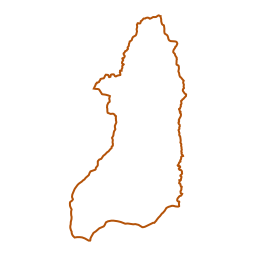 San Joaquín, Santander, Colombia (orthographic projection)
{"feature_id": "7082276B31143382537536", "entity_name": "San Joaquín", "entity_type": "district", "adm_level": 2, "iso_a3": "COL", "parent_name": "Colombia", "parent_adm1": "Santander", "projection": "orthographic", "projection_center": [-72.849, 6.47], "detail": "fine", "context": "isolated", "style": "outline", "palette": "amber", "viewbox_px": 256, "rotation_deg": 0, "n_neighbors": 0, "source": "geoboundaries", "source_scale": "gbopen_adm2", "svg_char_len": 5830}
<svg xmlns="http://www.w3.org/2000/svg" viewBox="0 0 256 256"><path d="M74.6,237.5L77.4,237.1L79.6,237.1L82.1,237.4L84.8,238.4L88.7,240.6L90.1,240.6L90.4,240.0L90.4,238.7L91.2,236.9L93.5,232.9L95.9,231.3L99.3,228.3L103.7,226.4L104.5,225.4L106.0,222.3L108.0,221.3L111.2,220.7L113.7,220.7L117.4,221.2L120.8,222.0L125.2,223.7L127.8,223.5L133.2,224.3L135.4,224.1L138.6,224.9L142.3,227.2L143.7,227.1L145.1,226.7L148.0,225.3L153.1,222.8L154.4,222.8L155.7,221.2L156.3,220.7L156.6,220.0L158.5,217.6L160.0,216.1L161.9,213.6L163.3,212.5L163.7,211.8L164.3,211.3L165.0,210.3L166.3,208.1L166.9,207.7L168.4,206.9L172.0,205.8L173.6,205.9L175.5,206.4L177.3,206.6L178.2,206.6L179.1,206.2L179.1,205.5L178.9,203.2L179.3,202.0L179.2,201.6L177.9,201.3L177.5,200.9L177.2,200.4L177.2,199.9L177.4,198.9L177.9,198.0L178.8,197.1L178.9,196.7L179.8,196.0L180.8,195.8L181.3,195.4L182.2,193.9L181.7,193.6L181.1,193.5L180.8,193.3L180.5,191.8L180.5,191.2L181.1,190.5L181.2,189.8L181.5,189.0L181.3,188.1L181.8,186.9L181.6,186.6L180.9,186.4L180.6,185.7L180.4,184.1L180.1,183.8L179.2,183.3L179.1,183.1L179.6,181.5L179.3,180.2L179.7,180.1L180.6,180.4L180.8,180.2L181.0,178.9L181.4,177.6L181.4,176.7L180.4,176.0L180.3,175.8L180.4,175.4L181.0,174.8L181.6,174.4L182.1,173.4L181.9,172.6L182.0,171.8L181.5,170.6L180.7,169.9L179.6,169.9L178.8,168.8L178.9,168.4L180.1,167.3L180.2,167.0L180.0,166.4L179.4,166.0L179.0,165.9L178.5,166.1L178.1,166.0L177.7,165.3L178.5,164.5L179.1,162.7L179.5,162.2L180.4,161.7L180.5,161.4L180.2,160.6L180.3,160.2L180.8,159.6L181.1,158.8L181.2,156.9L181.5,156.5L183.1,156.0L183.0,155.6L182.4,154.8L182.0,154.6L181.6,153.9L181.5,153.4L181.8,152.6L181.8,152.3L181.4,152.0L181.3,151.1L181.8,149.8L181.5,148.4L181.5,147.1L181.1,145.9L181.3,144.2L181.1,143.7L180.4,142.6L180.7,140.9L180.6,139.4L180.2,136.6L180.0,136.1L179.4,135.6L179.2,134.6L179.5,133.1L179.1,132.3L179.0,131.4L178.5,130.1L178.9,129.5L179.4,128.9L179.4,128.5L179.2,127.7L179.3,127.1L179.7,126.6L179.8,126.2L179.6,124.7L178.9,124.1L178.5,123.0L178.5,122.4L178.7,122.1L179.0,122.0L179.1,121.6L178.8,120.8L178.8,120.6L179.1,120.1L178.9,119.6L180.7,116.3L181.0,114.8L180.8,113.7L180.3,113.3L180.2,113.1L180.5,112.5L180.5,111.8L179.8,111.7L179.7,110.4L179.1,109.6L179.0,109.1L179.1,108.9L179.6,108.8L179.9,108.6L180.1,108.2L180.3,107.5L180.9,106.2L180.7,105.0L180.8,104.6L181.3,104.0L181.5,103.5L181.1,101.5L181.2,100.8L181.8,100.5L182.5,99.4L183.4,98.9L184.3,97.8L186.0,96.0L186.1,94.4L185.9,94.2L185.1,93.8L184.7,93.5L182.9,90.9L182.8,90.0L183.0,89.4L183.2,88.9L183.9,88.3L184.0,88.0L183.6,86.7L183.9,84.7L183.2,82.9L183.2,82.0L183.7,80.7L182.4,79.3L180.9,77.4L180.3,77.1L180.1,76.8L179.5,75.6L179.0,72.7L178.6,72.0L178.4,71.3L178.9,68.7L178.8,66.6L178.6,65.9L178.4,65.5L178.0,65.3L176.7,64.7L176.4,64.0L176.5,63.3L176.6,60.1L176.9,59.2L176.6,58.4L176.7,57.7L175.6,56.1L175.0,54.8L174.8,53.8L173.8,52.9L173.2,52.0L173.4,50.6L173.9,49.4L174.8,48.3L175.4,46.7L175.9,46.5L176.3,46.0L177.2,44.1L177.3,43.3L176.6,42.0L175.9,41.6L174.9,41.4L170.6,41.1L169.4,40.5L168.8,39.8L168.3,38.6L168.1,37.3L167.5,35.7L166.9,35.0L164.8,33.6L164.5,32.9L164.3,31.2L164.4,28.8L164.0,25.9L163.8,25.3L162.6,24.7L162.0,24.0L161.7,23.1L161.2,21.2L161.2,19.3L160.6,16.9L160.6,16.1L160.0,16.1L159.1,15.5L158.4,15.4L156.0,17.0L154.4,17.1L153.4,17.0L153.0,17.1L151.3,18.1L149.9,18.7L149.5,18.6L149.0,18.0L148.0,17.7L147.1,17.7L146.1,17.9L145.1,18.5L143.7,18.5L143.3,18.8L142.9,19.4L141.7,20.7L140.8,21.2L140.6,22.6L140.2,23.3L139.6,23.5L138.2,23.2L137.7,23.2L137.5,23.4L137.4,24.1L136.9,24.7L137.2,26.8L137.1,27.4L136.6,29.2L137.0,31.4L136.2,34.6L135.6,35.5L133.3,36.8L132.9,37.2L132.2,38.4L131.9,39.7L131.7,40.1L130.9,40.8L129.7,41.5L129.5,42.6L129.0,43.8L128.8,45.5L128.6,46.2L127.8,47.1L127.6,47.7L128.0,48.8L127.7,49.3L127.4,49.4L127.1,49.8L126.6,50.6L125.2,51.2L124.5,52.6L123.8,53.1L123.6,53.4L123.6,53.8L123.8,54.7L124.7,55.9L124.7,56.4L124.2,57.5L123.8,57.9L122.7,58.1L122.4,58.3L122.3,58.6L122.5,59.0L123.2,60.0L123.1,60.4L122.5,61.2L122.1,62.1L122.0,63.0L122.1,63.4L122.6,64.0L123.5,64.1L123.7,64.4L123.1,65.1L122.7,65.3L122.2,66.1L122.4,67.8L121.7,69.2L121.6,70.7L120.5,70.6L120.1,70.7L120.2,71.7L119.9,72.0L119.8,72.3L120.2,73.2L120.4,74.7L120.3,75.0L117.9,75.5L116.8,75.9L116.0,76.4L115.6,76.4L115.3,76.3L114.9,76.1L113.9,74.5L113.2,74.3L111.4,74.5L110.8,74.9L110.4,76.8L109.5,77.1L109.1,77.1L108.9,76.8L108.7,76.0L108.2,75.1L107.8,74.9L105.9,74.7L105.1,75.7L104.3,77.5L103.7,78.3L101.5,78.7L100.6,79.0L100.4,79.3L100.1,80.3L99.6,80.7L99.0,82.0L98.2,82.4L96.9,82.6L96.7,82.8L96.7,83.4L95.8,84.0L95.3,85.6L94.8,86.5L93.8,88.6L95.7,88.9L97.8,89.0L98.8,89.3L99.3,89.8L102.0,94.1L102.5,94.3L104.3,94.5L106.1,94.8L108.5,95.5L109.9,96.1L109.2,98.6L109.6,100.3L109.7,101.7L109.2,102.2L108.4,102.7L107.2,105.2L107.0,107.6L107.3,108.5L107.4,111.7L107.7,112.8L110.5,113.9L112.9,113.7L113.3,113.8L114.5,114.5L114.8,115.3L115.0,115.6L115.8,115.9L116.0,116.4L115.8,116.8L115.9,117.6L115.8,118.5L116.0,119.0L115.9,120.1L116.2,121.2L116.3,122.6L114.9,125.7L114.8,126.1L115.0,127.0L114.9,127.8L115.3,128.8L115.3,129.4L114.2,131.1L113.8,132.3L113.3,135.7L112.0,137.9L112.7,139.5L112.8,140.2L112.6,141.8L112.6,142.9L112.9,143.7L112.8,145.7L111.7,146.6L111.6,148.0L110.3,149.2L108.5,151.4L107.2,152.2L105.0,154.5L103.3,155.8L101.3,158.8L99.2,159.6L98.0,161.0L97.8,161.4L97.8,165.1L97.5,165.8L96.0,167.6L95.8,168.1L95.7,169.2L95.3,169.7L94.8,169.9L90.5,171.4L89.6,172.9L88.8,175.1L85.7,177.8L84.4,179.5L83.1,180.3L81.9,181.5L78.8,183.7L77.6,184.9L74.9,188.6L74.3,189.8L72.3,194.6L72.0,196.9L72.3,197.9L72.8,198.9L72.9,199.5L72.0,200.7L70.3,201.9L70.0,202.5L69.9,203.3L70.0,205.8L70.7,207.7L71.6,209.4L71.1,211.5L71.1,213.5L71.2,215.2L71.6,216.9L71.5,219.1L70.8,221.9L70.7,224.3L70.3,226.0L70.3,227.9L71.0,230.4L71.6,231.5L71.7,233.0L72.2,234.6L73.0,235.9L74.6,237.5Z" fill="none" stroke="#b45309" stroke-width="2"/></svg>